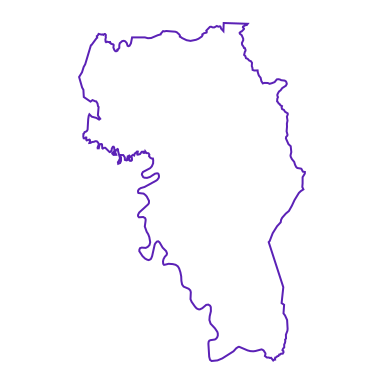 Daule, Guayas, Ecuador (Natural Earth projection)
{"feature_id": "8360857B15995512724159", "entity_name": "Daule", "entity_type": "district", "adm_level": 2, "iso_a3": "ECU", "parent_name": "Ecuador", "parent_adm1": "Guayas", "projection": "natural_earth1", "projection_center": [-79.945, -1.92], "detail": "fine", "context": "isolated", "style": "outline", "palette": "violet", "viewbox_px": 384, "rotation_deg": 0, "n_neighbors": 0, "source": "geoboundaries", "source_scale": "gbopen_adm2", "svg_char_len": 5916}
<svg xmlns="http://www.w3.org/2000/svg" viewBox="0 0 384 384"><path d="M247.7,23.8L223.7,23.0L223.4,31.1L221.1,28.6L220.6,27.0L219.9,26.3L218.4,26.7L216.8,26.0L214.3,27.4L212.7,27.4L211.0,26.7L209.9,26.9L206.3,30.6L206.8,31.9L206.5,32.6L204.1,33.2L202.3,34.4L202.5,35.4L201.7,36.6L198.4,38.8L196.0,39.8L190.5,40.9L186.6,40.2L182.0,38.0L181.1,37.2L180.5,37.1L179.8,36.6L179.9,35.4L179.1,34.3L176.7,32.2L175.2,31.7L166.2,31.0L164.4,31.4L163.1,31.1L160.8,33.7L160.7,34.4L157.8,35.2L151.2,38.0L147.9,38.2L144.9,37.4L132.1,37.4L130.9,43.4L129.5,45.8L128.4,46.2L127.6,45.8L126.7,43.0L125.2,41.3L123.8,40.8L122.2,41.1L119.8,43.2L119.3,45.1L119.3,47.9L118.4,49.0L117.3,49.6L117.6,50.5L116.6,51.2L115.4,51.2L114.3,49.9L113.4,47.6L113.7,45.0L113.3,44.4L111.1,43.8L110.9,43.3L110.1,43.0L110.0,42.0L108.5,42.1L107.1,41.7L106.1,42.2L105.6,41.7L105.4,39.4L105.9,37.1L105.6,36.3L105.9,35.1L105.2,34.1L104.4,34.0L103.3,34.9L102.3,34.4L101.4,34.6L98.6,33.9L97.9,35.3L96.8,36.2L97.2,37.7L96.6,38.1L91.6,44.9L90.9,45.3L85.2,64.3L83.7,66.9L82.0,72.3L79.1,77.0L82.1,87.5L83.4,89.8L83.8,97.0L90.5,101.6L92.5,100.1L95.3,101.3L96.2,101.4L97.5,103.5L98.0,106.2L98.6,107.0L97.9,115.1L98.4,116.3L100.2,118.8L99.1,119.6L96.3,117.9L91.8,116.7L89.4,114.3L88.7,115.9L88.2,119.2L87.6,129.5L87.1,130.7L86.0,131.6L84.6,132.1L83.9,133.6L83.4,133.9L83.3,136.7L83.7,138.3L84.7,138.4L86.0,137.4L86.3,137.5L86.3,139.9L86.7,140.4L89.5,139.6L90.0,140.2L90.0,141.0L89.4,143.0L90.5,142.9L92.1,142.0L93.9,141.8L95.3,141.2L96.8,141.3L98.1,142.6L98.8,144.3L97.6,147.5L97.7,148.3L98.8,148.3L99.4,145.4L100.0,144.2L101.3,144.0L102.0,144.4L102.3,148.2L102.8,148.6L104.2,147.8L105.3,147.8L109.6,152.1L110.3,151.9L111.6,150.4L111.8,148.6L112.8,146.8L113.6,146.7L114.1,147.4L114.5,150.5L113.8,151.9L112.5,152.6L112.2,153.5L113.5,154.9L116.3,154.8L116.1,154.1L114.5,153.4L114.1,152.6L115.5,151.9L115.5,151.0L116.3,149.8L117.6,149.0L118.0,149.4L118.1,151.2L120.0,158.2L118.9,160.8L117.9,162.2L118.2,163.8L120.1,163.0L121.0,160.9L121.0,157.4L120.0,155.8L120.5,155.0L123.3,155.1L124.8,157.4L124.9,159.9L126.4,160.4L127.3,159.9L127.1,158.4L127.7,157.3L127.7,156.4L129.2,155.6L130.0,157.1L128.7,157.6L128.7,159.3L129.3,158.8L129.8,160.7L130.9,160.9L131.4,160.7L132.0,160.0L131.9,158.0L131.3,156.1L132.9,154.9L134.2,155.5L134.7,153.5L135.4,153.2L137.1,151.5L137.8,151.6L137.3,154.5L137.8,154.7L140.0,154.1L141.7,151.8L143.4,151.7L143.5,152.9L144.7,152.9L145.1,152.5L145.3,151.4L146.5,153.1L148.3,153.2L148.7,153.5L149.4,154.8L149.0,156.1L150.1,157.6L151.6,158.5L152.9,158.5L153.2,160.2L153.1,163.4L151.8,166.4L150.1,168.2L142.9,172.0L142.0,173.6L141.9,174.7L143.2,177.1L144.4,177.7L147.0,177.9L149.9,177.0L155.0,173.7L157.1,173.3L158.0,173.5L158.6,174.2L159.0,176.1L158.8,177.7L157.3,179.8L155.9,180.8L144.5,187.0L140.7,188.1L138.9,189.3L138.1,190.6L138.0,191.9L138.4,193.0L143.6,193.6L145.5,195.1L146.8,196.6L149.0,200.9L148.9,203.1L148.2,204.3L139.2,212.5L138.1,214.7L138.0,215.7L138.2,216.4L139.0,217.3L143.2,217.0L145.1,218.1L145.6,219.3L145.6,220.7L144.8,226.5L146.7,231.8L148.2,234.2L149.3,237.1L150.2,242.2L149.5,245.0L147.7,246.9L145.7,247.9L141.7,247.6L140.0,248.2L139.4,249.6L139.3,251.2L142.5,256.1L145.1,258.6L147.2,259.7L148.7,260.1L150.1,259.5L151.0,258.8L152.1,256.2L154.7,244.6L155.3,243.4L156.9,241.6L158.2,241.3L159.0,241.9L159.7,242.6L162.6,247.6L166.1,251.1L167.0,253.3L166.7,254.8L164.8,256.8L163.5,259.2L163.0,261.4L163.2,263.8L163.9,264.8L164.6,264.8L168.6,263.8L172.8,264.1L175.6,264.8L177.8,266.3L179.1,268.4L180.4,272.3L181.2,276.4L181.4,280.9L182.1,284.5L183.6,286.6L188.7,288.8L190.3,290.4L190.8,292.2L190.5,299.2L191.6,301.8L194.9,306.5L196.6,308.4L198.5,309.3L199.8,309.4L202.3,308.2L206.2,304.9L208.3,304.6L210.1,305.7L210.8,307.1L210.9,311.2L209.7,316.2L209.4,320.0L210.6,323.7L215.0,328.4L217.4,332.0L217.8,333.6L217.8,335.6L217.2,337.3L216.2,338.6L214.9,339.5L210.3,340.2L209.3,340.7L208.6,341.9L208.4,343.8L209.2,356.8L210.0,359.8L211.6,361.0L217.5,360.4L222.3,358.4L233.5,351.3L236.3,348.2L238.4,346.9L239.4,346.9L247.6,350.4L250.3,351.1L253.3,351.3L255.5,351.0L261.5,349.4L262.6,349.8L263.7,350.6L265.3,353.1L265.5,353.9L264.9,356.0L266.9,357.5L268.8,357.5L269.9,358.0L271.1,357.8L273.2,360.5L274.0,359.8L275.1,359.6L274.9,358.5L275.3,357.5L276.3,357.3L277.3,356.2L278.4,356.0L279.3,354.5L280.0,354.6L281.0,353.7L282.7,353.7L283.5,352.4L283.4,351.1L282.5,350.4L282.6,349.6L283.3,348.3L284.2,347.5L284.2,344.5L285.0,342.8L285.3,341.0L285.1,339.7L286.0,338.5L285.9,334.7L287.4,330.8L287.6,328.8L287.1,320.0L285.0,315.4L283.5,313.4L284.1,304.8L281.6,303.1L283.3,287.2L268.7,242.1L269.7,241.0L272.7,233.2L277.1,226.2L280.7,222.3L281.1,219.8L282.2,217.7L285.8,213.6L288.9,211.0L291.9,205.7L294.5,200.1L298.9,192.9L300.8,191.1L303.4,189.4L302.3,187.0L302.6,183.4L302.6,177.2L304.8,173.6L304.9,172.0L302.8,171.6L301.5,169.0L301.0,168.6L297.3,168.0L296.1,166.9L295.0,164.6L294.2,161.9L291.9,159.1L290.7,156.7L290.5,155.4L291.3,152.1L290.7,146.2L288.5,144.2L285.9,138.4L286.1,137.0L287.3,135.6L287.5,134.8L286.6,131.3L287.0,126.8L286.9,123.6L287.5,120.6L286.9,116.7L287.8,114.4L287.7,113.4L285.0,111.7L283.9,109.9L282.1,109.1L281.6,107.5L282.0,106.1L280.4,105.3L279.6,104.0L278.6,103.5L278.1,102.4L277.1,101.4L277.3,98.7L278.0,97.1L277.4,95.9L277.3,94.9L277.9,93.4L279.0,91.5L280.6,90.3L282.2,88.1L285.9,85.7L286.8,83.9L286.4,82.3L285.9,81.4L284.7,80.6L281.2,80.2L279.9,79.5L278.2,79.2L276.8,79.4L274.6,82.1L272.1,83.1L269.6,83.8L267.8,83.0L264.3,82.9L262.8,83.4L261.4,81.2L260.6,77.7L259.1,75.9L258.6,74.9L257.8,72.3L257.6,70.4L254.2,70.5L252.6,69.9L252.4,67.8L251.8,66.1L252.0,62.8L250.9,61.2L249.3,60.6L247.6,58.8L246.0,58.2L245.3,56.0L244.1,54.9L244.9,51.7L245.5,50.8L245.5,49.8L244.9,48.1L243.9,47.9L243.6,46.8L242.1,44.7L241.9,43.0L243.2,40.3L243.2,38.7L241.7,35.2L239.9,33.8L239.6,32.9L240.6,31.8L241.6,31.5L243.9,29.2L244.0,28.6L242.9,27.4L243.0,26.6L245.2,25.3L246.8,25.0L247.7,23.8Z" fill="none" stroke="#5b21b6" stroke-width="2"/></svg>